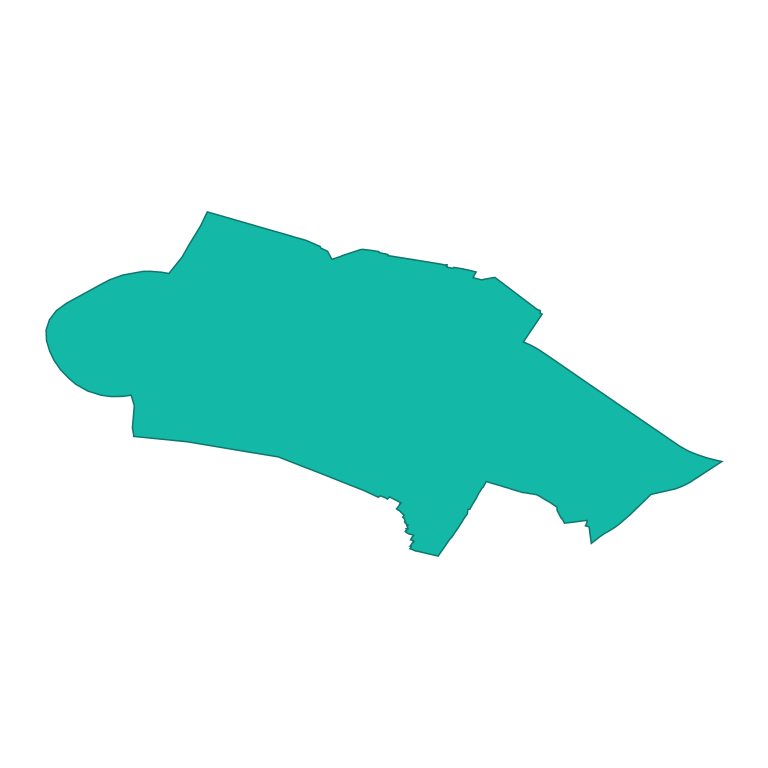 outline of Velsen, Noord-Holland, Netherlands
{"feature_id": "6326949B54976538615964", "entity_name": "Velsen", "entity_type": "district", "adm_level": 2, "iso_a3": "NLD", "parent_name": "Netherlands", "parent_adm1": "Noord-Holland", "projection": "robinson", "projection_center": [4.642, 52.452], "detail": "fine", "context": "isolated", "style": "filled", "palette": "teal", "viewbox_px": 768, "rotation_deg": 0, "n_neighbors": 0, "source": "geoboundaries", "source_scale": "gbopen_adm2", "svg_char_len": 5796}
<svg xmlns="http://www.w3.org/2000/svg" viewBox="0 0 768 768"><path d="M207.3,211.9L200.4,226.2L189.6,243.8L182.2,256.9L168.9,273.5L161.4,272.2L150.3,271.3L143.0,271.4L123.0,275.0L109.9,279.7L99.6,285.1L66.4,303.3L56.4,310.6L49.5,319.7L46.1,330.0L46.5,340.6L49.6,350.9L53.9,360.1L60.5,369.7L68.7,378.2L76.0,384.4L87.9,391.1L101.0,395.2L111.4,396.6L122.5,396.4L131.2,395.2L134.3,405.8L132.4,428.0L133.8,435.6L133.7,436.4L187.5,441.8L247.2,451.8L278.3,456.9L304.5,467.2L316.9,471.9L343.3,482.4L356.0,487.4L364.6,490.8L366.2,491.6L368.5,492.7L375.6,496.0L378.4,497.3L379.3,496.5L379.6,496.2L380.1,496.1L380.6,496.0L381.0,496.1L381.9,496.3L382.4,496.5L384.1,497.3L384.7,497.6L385.4,497.7L387.5,499.1L389.6,497.0L401.2,502.9L400.7,503.6L400.0,503.6L399.9,503.6L399.4,504.8L399.6,504.9L398.7,506.1L396.5,508.8L398.5,510.3L399.2,510.5L399.3,510.7L399.5,510.7L402.4,513.8L403.0,514.3L404.0,515.0L404.3,515.2L403.3,516.5L402.9,516.9L402.7,517.2L403.1,517.8L404.0,518.1L405.2,521.2L404.6,521.7L405.1,522.9L405.8,522.8L406.1,523.7L406.4,524.5L408.0,525.0L407.9,525.3L407.8,525.5L407.7,525.6L407.3,525.7L407.1,525.8L406.9,525.8L407.0,526.1L408.1,528.7L407.8,528.8L407.6,528.9L407.3,528.9L407.0,528.9L406.7,528.8L406.5,528.7L406.2,528.7L406.4,529.0L406.4,530.0L406.1,530.5L405.7,530.9L406.3,531.0L406.2,531.3L406.0,531.6L406.2,532.0L405.9,532.1L408.1,533.5L408.7,533.9L409.1,534.1L409.4,534.1L411.2,534.5L412.2,534.7L413.6,535.0L412.7,536.6L412.4,536.6L411.6,537.9L411.9,538.0L411.5,538.4L410.6,539.8L411.3,540.0L412.6,540.4L412.5,540.5L412.9,540.7L413.0,540.9L413.2,540.7L414.0,541.5L413.3,542.5L412.7,542.3L410.6,545.6L410.8,545.7L410.4,546.0L410.6,546.0L410.9,546.2L411.0,546.2L411.0,546.3L411.2,546.7L410.5,547.7L409.9,548.7L412.9,549.8L413.9,550.3L414.5,550.5L414.8,550.6L415.6,551.0L415.8,551.1L416.3,551.0L421.5,552.2L421.7,552.3L423.2,552.6L428.7,553.9L432.7,554.8L438.2,556.1L438.5,555.6L440.1,553.2L440.6,552.6L441.5,551.2L442.3,550.1L443.6,548.3L445.6,545.4L447.6,542.4L447.9,541.9L448.4,541.2L449.4,539.8L450.4,538.6L451.7,537.4L454.4,533.3L457.1,529.4L457.7,528.6L458.8,526.9L460.5,524.3L462.3,521.4L463.0,520.2L463.3,519.6L465.5,516.4L467.3,514.0L467.4,513.5L467.5,513.0L467.6,512.3L467.8,510.1L468.0,509.3L469.8,509.3L472.4,504.6L473.0,503.6L473.3,503.1L475.0,500.4L475.3,499.7L475.7,499.3L475.8,499.0L475.9,498.8L476.5,498.0L476.6,497.7L477.8,495.0L477.9,494.9L478.3,494.3L478.5,493.8L478.6,493.5L478.8,493.2L479.5,492.2L482.5,487.5L482.9,487.5L483.9,485.9L484.7,484.4L486.2,481.7L486.3,481.6L486.6,481.6L488.9,482.4L490.2,482.7L490.8,482.9L492.1,483.3L493.2,483.7L494.6,484.0L495.2,484.2L496.2,484.5L496.8,484.7L497.3,484.8L497.6,484.9L498.2,485.1L499.1,485.3L501.3,486.0L501.8,486.2L502.8,486.5L503.8,486.8L506.1,487.5L507.3,487.8L508.0,488.0L508.9,488.3L511.5,489.2L513.2,489.7L515.4,490.4L520.7,491.9L521.7,492.2L522.4,492.5L523.0,492.6L524.3,492.7L525.3,492.8L527.0,493.1L527.9,493.2L529.8,493.7L530.4,493.7L531.3,493.8L532.2,493.9L532.8,494.0L533.4,494.1L534.3,494.3L534.7,494.4L536.2,494.6L536.6,494.7L536.8,494.8L538.4,495.7L538.6,495.8L539.2,496.0L539.7,496.3L540.0,496.5L540.7,496.9L542.2,497.9L543.3,498.5L543.7,498.7L544.4,499.2L545.1,499.7L546.2,500.3L547.4,500.9L548.2,501.4L549.6,502.2L550.1,502.5L551.2,503.2L552.0,503.8L552.9,504.4L553.7,505.0L554.7,505.6L555.8,506.4L556.2,506.6L556.5,506.8L556.9,507.1L557.0,507.3L557.1,507.5L557.0,509.4L557.1,510.2L557.5,511.3L558.8,513.4L559.1,514.4L561.5,518.7L562.1,518.6L562.3,519.0L564.5,523.3L565.4,523.0L565.6,522.9L566.6,522.9L568.5,522.7L573.1,522.2L577.4,521.6L580.4,521.2L582.0,520.9L584.0,520.7L585.9,520.6L587.2,520.4L587.2,520.5L587.3,520.9L586.8,522.8L586.7,523.1L586.6,523.5L586.2,524.3L585.9,525.1L585.4,525.8L589.1,526.9L589.3,528.2L589.7,531.7L590.4,536.8L591.3,543.4L599.8,536.8L602.3,535.0L604.2,533.7L605.7,532.8L607.5,531.9L608.0,531.6L608.9,531.1L611.9,529.2L613.4,528.3L616.2,526.4L617.1,525.7L619.5,523.9L621.1,522.5L629.8,515.0L651.0,494.4L674.4,489.1L676.1,488.6L677.7,488.0L680.0,487.1L681.6,486.5L684.5,485.2L689.1,482.8L691.2,481.5L694.2,479.5L702.6,474.1L704.2,473.0L721.9,461.5L714.7,459.9L712.7,459.4L709.8,458.6L708.1,458.2L706.9,457.8L706.0,457.6L700.7,455.8L699.1,455.3L693.8,453.3L690.6,452.0L688.8,451.2L687.1,450.4L685.5,449.5L682.2,447.6L680.3,446.5L677.9,445.0L675.2,443.1L669.3,439.1L664.3,435.6L650.8,426.4L637.4,417.2L616.0,402.7L608.1,397.2L584.7,381.2L566.1,368.3L541.4,351.4L538.7,349.7L535.2,347.6L533.5,346.7L529.9,344.8L528.3,344.1L526.5,343.3L523.3,342.1L526.6,337.2L532.7,328.1L542.1,314.1L541.2,313.7L540.5,313.4L540.3,313.2L540.1,313.1L540.2,312.5L540.3,312.1L540.4,311.6L540.3,311.0L540.2,310.7L539.8,310.2L537.9,310.0L525.2,300.4L522.4,298.2L521.5,297.6L520.6,296.9L519.5,296.1L515.5,293.0L513.1,291.2L505.7,285.6L502.5,283.1L500.1,281.4L497.4,279.3L494.9,277.4L494.1,277.5L484.4,279.2L483.7,279.4L483.2,279.5L481.5,280.0L481.6,279.9L473.1,277.7L473.5,276.8L474.1,275.6L474.7,274.4L475.5,273.1L476.1,272.0L473.7,271.4L472.0,271.0L468.1,270.0L467.7,270.0L463.0,268.9L454.1,267.4L453.9,267.4L453.9,267.5L453.7,267.7L453.5,267.9L452.6,268.2L447.3,267.3L447.2,266.8L447.1,266.5L447.1,266.4L447.2,266.2L446.9,266.1L446.7,266.2L446.4,266.2L447.0,264.8L443.7,264.9L443.4,264.7L441.9,264.3L435.7,263.3L412.6,259.5L387.9,255.6L388.1,255.1L388.0,254.7L387.8,254.5L387.6,254.4L381.8,253.2L379.7,252.7L379.4,252.6L378.9,252.3L378.8,252.0L378.8,251.6L371.5,250.4L367.0,249.9L365.5,249.8L363.4,249.4L361.6,249.4L360.0,249.8L356.0,251.1L350.2,253.0L341.5,255.9L341.5,256.2L340.4,256.7L340.2,256.6L332.4,259.2L332.0,259.2L331.8,259.2L331.7,259.0L327.6,251.3L321.7,248.5L320.8,248.1L320.2,246.5L308.9,241.6L308.1,241.2L306.9,240.7L305.5,240.2L300.7,238.8L297.5,237.9L296.2,237.6L284.9,234.2L282.4,233.5L265.5,228.7L263.1,228.0L207.3,211.9Z" fill="#14b8a6" stroke="#0f766e" stroke-width="1.5"/></svg>